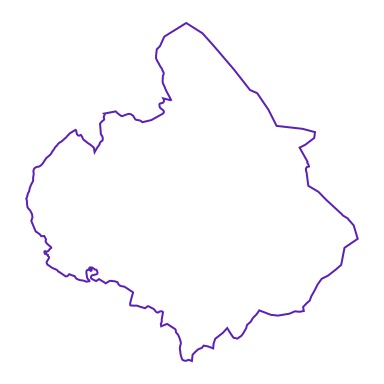 New Juaben North Municipal, Eastern, Ghana
{"feature_id": "2480657B95199515281033", "entity_name": "New Juaben North Municipal", "entity_type": "district", "adm_level": 2, "iso_a3": "GHA", "parent_name": "Ghana", "parent_adm1": "Eastern", "projection": "mercator", "projection_center": [-0.335, 6.145], "detail": "fine", "context": "isolated", "style": "outline", "palette": "violet", "viewbox_px": 384, "rotation_deg": 0, "n_neighbors": 0, "source": "geoboundaries", "source_scale": "gbopen_adm2", "svg_char_len": 5819}
<svg xmlns="http://www.w3.org/2000/svg" viewBox="0 0 384 384"><path d="M186.2,23.0L164.3,36.6L159.9,46.3L156.8,49.3L156.1,55.4L156.0,57.9L156.2,58.8L157.2,60.7L157.3,61.2L158.5,63.0L160.3,66.5L161.9,68.7L162.4,70.2L163.5,72.3L163.7,73.3L163.6,74.2L163.2,75.3L162.9,76.0L162.6,81.1L162.7,82.2L163.0,83.4L163.6,84.8L164.4,86.3L165.2,88.4L166.1,90.6L171.1,99.9L170.7,100.2L163.2,98.4L163.8,99.6L164.0,100.8L163.9,101.4L163.3,102.5L162.1,103.1L160.2,103.4L159.6,103.9L159.4,104.7L159.7,106.9L160.0,107.6L161.1,108.7L162.9,110.0L163.8,111.1L163.9,112.3L163.1,113.4L162.8,113.7L151.3,120.1L142.4,122.2L140.7,120.8L138.7,120.2L137.0,120.0L136.4,119.8L135.5,119.5L134.9,118.8L133.9,117.1L133.2,115.8L131.0,114.3L129.4,113.9L128.9,113.9L126.8,114.4L122.3,116.1L121.7,116.1L121.2,115.9L119.2,114.5L117.3,113.0L115.8,111.4L104.1,113.6L104.7,114.1L104.6,115.0L104.1,115.9L103.7,116.8L103.9,117.8L104.2,119.2L103.7,120.1L102.4,121.0L101.2,122.2L100.0,123.7L100.7,131.3L100.8,133.2L100.9,134.3L101.4,135.0L102.2,136.1L102.5,137.0L102.8,138.6L102.7,139.7L102.4,140.6L101.7,141.2L100.9,141.6L100.3,142.3L99.8,143.2L99.5,144.4L99.0,145.3L98.0,146.4L97.1,147.9L95.9,149.9L94.6,152.2L93.9,147.8L92.8,146.7L91.2,145.4L89.8,144.3L88.0,143.2L86.4,141.9L84.8,140.6L83.8,139.9L83.4,139.5L82.5,137.9L82.2,136.9L80.8,134.9L79.4,135.6L78.5,135.6L77.9,135.3L77.0,134.2L76.6,133.0L76.2,130.6L75.8,130.1L75.5,129.9L70.2,133.1L69.7,133.5L69.2,133.9L68.3,135.1L67.7,135.5L67.1,136.2L66.1,137.5L65.1,138.2L63.9,139.4L62.8,140.4L61.9,141.1L60.9,141.9L59.6,142.5L58.9,143.1L58.1,143.9L57.6,144.5L56.9,145.6L56.2,146.2L55.5,146.9L55.0,147.5L54.3,148.7L53.6,149.8L52.8,150.8L52.2,151.7L51.8,152.4L51.4,153.2L50.9,153.9L50.0,155.0L48.6,156.1L47.5,157.1L46.2,158.1L45.6,159.1L44.7,160.4L43.9,161.7L43.3,162.6L42.4,163.9L41.4,164.9L40.6,165.7L39.6,166.3L38.5,166.7L37.2,166.8L36.2,167.1L35.0,167.9L34.4,168.5L33.9,169.2L33.6,170.1L33.4,171.2L33.6,172.3L33.7,174.0L33.5,175.6L33.3,176.6L33.1,177.9L33.1,179.4L33.2,180.2L33.1,180.8L32.8,181.6L32.3,182.5L31.7,183.5L31.1,184.8L30.5,186.2L30.0,187.4L29.6,188.8L29.3,190.3L29.1,191.3L28.5,192.4L28.1,193.1L27.7,194.5L27.3,195.5L27.3,196.2L26.9,197.4L26.5,198.3L26.3,198.5L26.4,199.1L26.8,200.1L26.9,201.5L27.0,203.6L27.3,205.9L27.6,207.4L28.2,208.3L29.0,209.2L30.0,210.3L30.7,211.5L31.4,212.9L32.0,214.1L32.2,215.5L32.4,216.6L32.4,217.5L31.9,219.1L31.3,220.9L35.7,231.5L36.6,232.0L37.6,232.7L38.7,233.5L40.0,234.5L40.9,235.7L41.2,236.2L44.1,236.0L44.5,236.5L45.0,237.4L45.5,238.4L46.0,239.3L45.9,240.0L45.6,241.2L45.7,241.9L47.2,243.9L51.1,247.2L51.2,247.9L50.4,248.6L49.7,249.1L49.3,249.7L48.6,250.7L47.9,251.2L47.1,251.5L46.1,251.4L45.2,251.2L44.6,251.3L44.4,251.9L44.5,252.9L44.9,253.7L46.1,253.5L46.0,254.0L46.3,254.4L47.4,254.7L47.9,254.9L47.7,255.5L48.0,256.1L48.9,256.8L49.1,257.5L48.9,258.3L48.0,259.7L47.0,261.3L46.6,262.4L46.8,263.4L47.5,264.7L48.7,265.4L50.0,266.3L51.0,267.1L51.9,267.6L52.7,268.1L53.8,268.6L55.4,269.2L56.7,269.9L57.6,270.6L58.3,271.6L59.3,272.0L65.7,276.4L66.4,276.4L67.4,276.1L68.3,275.3L68.8,274.5L69.3,274.2L70.0,274.5L73.2,275.7L73.9,275.9L74.5,276.1L75.1,276.7L75.6,277.7L76.0,278.3L76.9,278.9L78.4,279.6L79.6,280.0L80.4,280.2L81.2,280.3L82.3,280.4L83.3,280.6L84.4,280.9L85.6,281.4L86.5,281.7L89.4,281.2L89.4,280.9L89.2,280.4L88.1,279.3L87.5,278.6L87.2,277.8L87.0,276.9L86.8,275.3L86.5,273.9L86.4,272.7L86.4,271.6L86.6,270.8L87.2,270.1L87.9,269.8L88.8,269.9L89.7,270.2L90.5,270.6L90.8,270.9L91.4,270.7L91.7,269.5L91.5,268.8L91.0,268.7L90.3,268.9L89.8,269.1L89.3,269.0L89.1,268.8L89.4,268.0L90.0,267.4L91.1,267.4L92.1,267.6L93.0,268.0L93.4,268.3L94.1,268.9L94.5,269.3L95.0,269.6L95.8,269.6L96.4,269.8L96.7,270.2L97.0,271.0L97.5,272.4L97.4,273.0L97.3,273.7L96.8,274.2L95.2,274.6L93.6,275.0L92.5,275.2L91.8,275.5L91.4,276.0L90.9,277.2L91.1,278.2L91.5,278.7L91.8,278.9L96.1,281.1L99.0,279.1L105.8,283.3L109.8,280.8L114.9,281.3L117.1,282.1L117.5,282.2L118.0,283.4L118.5,284.2L119.1,284.9L120.2,285.8L121.6,286.2L123.9,286.6L124.5,286.7L130.6,290.7L132.3,291.8L132.7,292.0L133.0,292.5L133.0,293.0L132.5,294.4L131.3,298.7L130.4,302.3L130.1,303.7L130.2,304.7L130.4,305.4L134.1,305.7L135.8,305.6L137.2,305.7L139.6,306.6L145.1,308.2L147.6,306.3L147.9,306.2L148.6,306.3L149.7,306.9L150.4,307.3L151.2,307.7L152.0,308.1L152.9,308.5L153.6,309.0L154.3,309.6L154.9,310.4L155.7,311.4L156.5,312.2L157.4,312.5L158.1,312.5L158.9,312.0L159.8,311.5L160.8,311.3L161.9,311.3L162.8,311.9L163.0,312.3L161.8,318.9L161.7,319.8L161.8,321.1L161.6,321.9L161.4,322.7L161.0,323.5L160.8,323.8L161.2,326.3L167.1,323.9L175.0,329.0L175.6,329.8L175.8,330.7L176.0,332.1L176.5,333.1L177.2,333.8L177.8,334.3L178.2,335.0L178.6,336.0L179.2,337.2L179.7,338.6L180.3,340.4L180.8,342.3L180.8,343.9L180.3,345.5L180.0,347.1L179.8,348.4L180.1,350.3L180.3,351.8L180.5,353.7L181.0,355.8L181.5,357.6L181.9,358.6L182.2,359.4L182.9,360.1L183.9,360.5L185.4,360.8L186.6,360.6L187.4,360.3L188.3,359.9L188.6,359.8L191.9,361.0L192.6,354.7L195.7,351.5L198.5,349.1L201.7,348.0L203.7,345.6L208.0,346.4L213.2,348.4L213.6,343.6L215.2,338.8L222.8,332.9L227.2,328.1L231.5,334.9L233.5,337.7L237.4,338.6L241.4,335.8L243.4,333.0L246.2,328.2L247.0,325.0L250.6,321.9L253.0,317.9L256.6,314.3L259.3,310.4L270.8,314.8L277.9,315.6L289.4,313.7L295.0,311.3L299.4,311.8L303.8,311.0L303.1,307.0L306.5,303.4L309.7,300.6L311.3,296.3L314.9,289.9L317.7,284.3L321.7,278.8L328.1,275.6L336.0,269.4L341.2,264.9L344.5,247.8L357.7,238.8L353.7,225.4L348.4,219.4L348.0,218.6L345.7,217.2L342.9,215.5L341.6,214.0L326.3,199.9L318.4,191.8L308.3,185.8L306.6,172.5L306.1,171.3L305.9,168.6L306.8,167.1L309.0,166.5L308.2,164.0L307.8,163.5L307.2,162.6L307.5,161.7L299.6,147.6L305.2,144.8L314.2,138.0L315.0,132.1L302.4,128.8L276.6,125.9L268.5,109.8L257.2,93.2L250.0,90.0L234.1,69.7L217.3,50.0L212.7,44.7L202.5,33.3L186.2,23.0Z" fill="none" stroke="#5b21b6" stroke-width="2"/></svg>